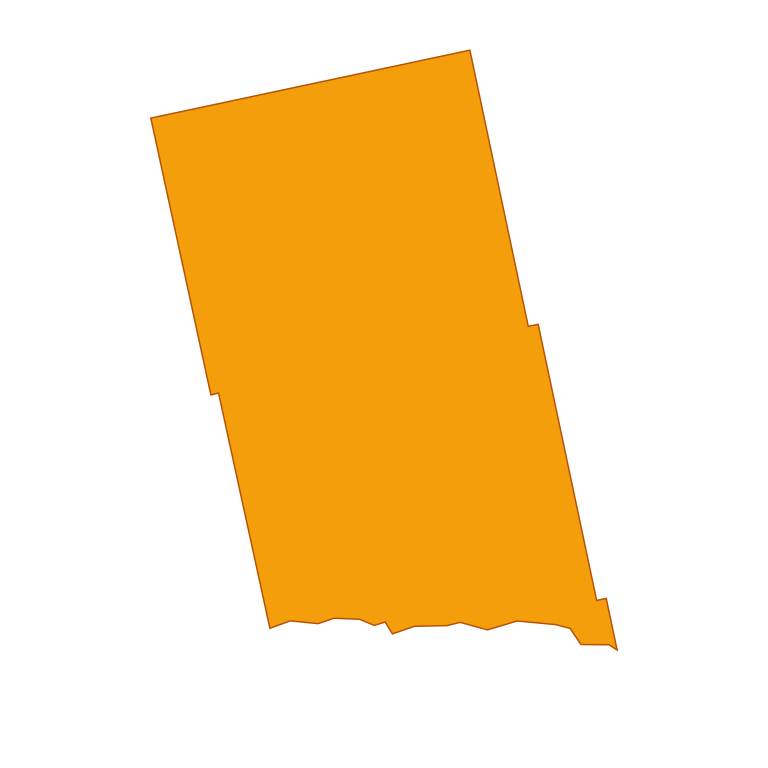 outline of Brown, Nebraska, United States of America, rotated 168°
{"feature_id": "52423323B61841998846050", "entity_name": "Brown", "entity_type": "district", "adm_level": 2, "iso_a3": "USA", "parent_name": "United States of America", "parent_adm1": "Nebraska", "projection": "natural_earth1", "projection_center": [-99.937, 42.466], "detail": "fine", "context": "isolated", "style": "filled", "palette": "amber", "viewbox_px": 768, "rotation_deg": 168, "n_neighbors": 0, "source": "geoboundaries", "source_scale": "gbopen_adm2", "svg_char_len": 504}
<svg xmlns="http://www.w3.org/2000/svg" viewBox="0 0 768 768"><g transform="rotate(168 384 384)"><path d="M540.9,692.6L556.8,692.6L555.6,409.3L547.7,409.5L546.4,168.8L524.9,171.8L498.3,163.3L481.6,165.3L456.9,159.0L443.7,149.9L432.3,150.9L427.7,137.8L404.6,140.7L372.9,134.6L359.0,135.0L333.9,122.0L303.0,124.5L266.0,112.9L252.8,106.3L245.5,88.2L218.2,82.2L211.3,75.3L211.2,128.1L221.0,128.1L220.8,410.3L230.9,410.4L230.6,692.7L540.9,692.6Z" fill="#f59e0b" stroke="#b45309" stroke-width="1.5"/></g></svg>